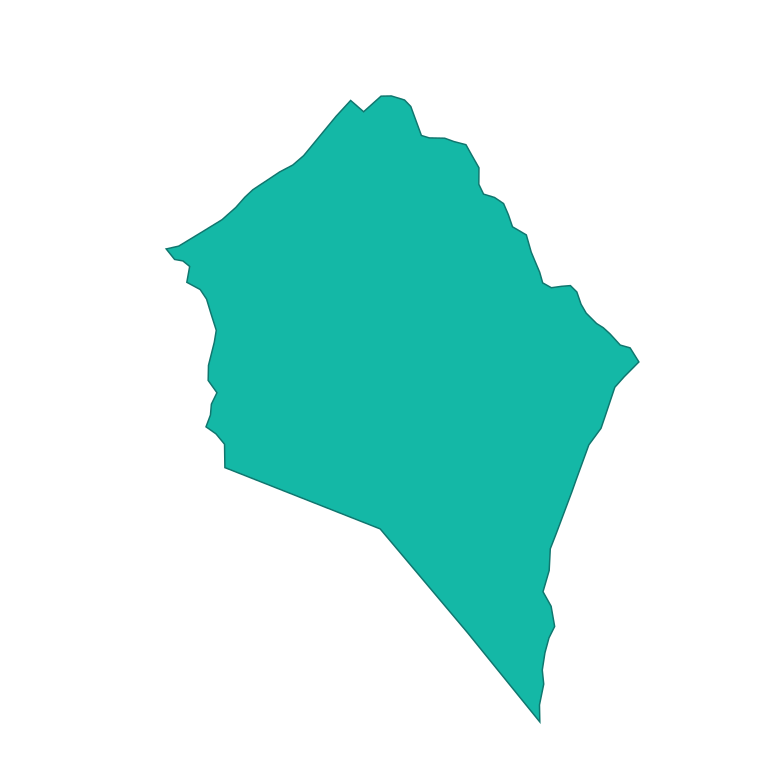 Itajá, Rio Grande do Norte, Brazil, rotated 197°
{"feature_id": "56859067B91180635159801", "entity_name": "Itajá", "entity_type": "district", "adm_level": 2, "iso_a3": "BRA", "parent_name": "Brazil", "parent_adm1": "Rio Grande do Norte", "projection": "equal_earth", "projection_center": [-36.809, -5.683], "detail": "fine", "context": "isolated", "style": "filled", "palette": "teal", "viewbox_px": 768, "rotation_deg": 197, "n_neighbors": 0, "source": "geoboundaries", "source_scale": "gbopen_adm2", "svg_char_len": 1215}
<svg xmlns="http://www.w3.org/2000/svg" viewBox="0 0 768 768"><g transform="rotate(197 384 384)"><path d="M146.7,479.6L159.2,490.5L169.5,490.3L182.3,497.9L190.7,501.9L198.4,504.0L211.4,510.9L218.9,517.9L226.5,528.4L234.5,532.6L242.6,529.4L252.1,525.0L261.8,527.1L267.8,536.4L275.0,545.0L281.8,553.2L291.5,568.2L307.1,571.9L314.6,582.3L322.4,591.5L332.8,594.7L344.3,594.7L351.7,602.7L356.4,618.5L367.3,628.8L375.6,636.8L388.1,636.3L397.8,636.8L412.6,632.6L420.9,632.6L439.5,657.2L447.4,661.6L461.2,661.6L471.0,658.4L483.1,638.4L498.8,645.4L508.1,626.0L527.6,578.9L535.3,566.7L545.7,556.4L566.2,531.5L571.7,521.9L577.4,509.4L587.0,493.7L603.8,474.7L620.7,455.8L631.8,449.5L620.7,441.9L612.3,442.9L604.2,439.6L602.3,423.6L587.4,420.6L578.5,413.3L570.1,400.8L560.1,386.3L558.5,374.3L557.3,350.5L553.2,336.0L541.2,326.8L543.2,314.3L540.9,303.6L541.7,291.0L530.1,287.2L518.9,279.8L511.7,257.5L345.3,244.3L231.7,170.8L136.2,106.4L141.5,122.6L143.5,143.7L149.0,156.7L151.5,174.0L152.0,189.5L149.9,202.0L159.2,220.3L171.2,231.8L171.5,253.9L176.8,275.0L175.6,291.0L172.8,336.0L172.3,347.8L170.3,385.7L163.5,405.1L163.1,418.1L162.3,448.4L156.4,461.2L146.7,479.6Z" fill="#14b8a6" stroke="#0f766e" stroke-width="1.5"/></g></svg>